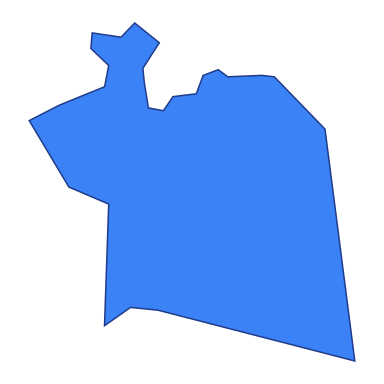 outline of Taguig
{"feature_id": "PHL-5558", "entity_name": "Taguig", "entity_type": "Highly Urbanized City", "adm_level": 1, "iso_a3": "PHL", "parent_name": "Philippines", "parent_adm1": "", "projection": "albers", "projection_center": [121.075, 14.506], "detail": "fine", "context": "isolated", "style": "filled", "palette": "blue", "viewbox_px": 384, "rotation_deg": 0, "n_neighbors": 0, "source": "natural_earth", "source_scale": "10m", "svg_char_len": 447}
<svg xmlns="http://www.w3.org/2000/svg" viewBox="0 0 384 384"><path d="M325.0,129.1L354.8,361.0L157.9,310.2L130.6,307.4L104.5,325.7L108.7,204.1L68.9,187.1L29.2,120.6L59.4,105.1L104.6,86.7L108.7,65.5L90.9,48.5L92.2,32.9L121.0,37.2L134.7,23.0L159.3,42.8L142.9,68.3L144.3,82.5L148.4,107.9L163.4,110.7L173.0,96.6L196.3,93.8L203.1,75.4L218.2,69.7L227.8,76.8L262.0,75.4L274.3,76.8L325.0,129.1Z" fill="#3b82f6" stroke="#1e3a8a" stroke-width="1.5"/></svg>